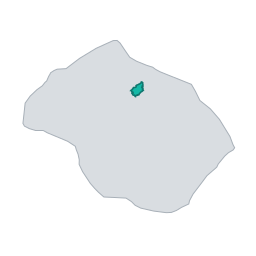 Manonyane, Maseru, Lesotho shown in context, rotated 84°
{"feature_id": "5366337B83171462701560", "entity_name": "Manonyane", "entity_type": "district", "adm_level": 2, "iso_a3": "LSO", "parent_name": "Lesotho", "parent_adm1": "Maseru", "projection": "equal_earth", "projection_center": [27.717, -29.478], "detail": "fine", "context": "in_parent", "style": "filled", "palette": "teal", "viewbox_px": 256, "rotation_deg": 84, "n_neighbors": 0, "source": "geoboundaries", "source_scale": "gbopen_adm2", "svg_char_len": 3738}
<svg xmlns="http://www.w3.org/2000/svg" viewBox="0 0 256 256"><g transform="rotate(84 128 128)"><path d="M166.7,177.7L159.9,180.1L159.0,180.4L154.6,179.8L148.8,180.4L144.2,181.7L140.7,182.3L134.9,189.4L124.4,208.6L121.6,212.6L120.8,220.2L118.3,226.2L115.3,230.8L112.4,232.0L103.7,230.1L92.5,227.7L86.0,221.9L80.2,214.3L77.1,208.8L73.9,205.7L72.8,204.0L68.2,201.4L66.5,200.1L65.0,199.2L63.1,195.5L62.1,192.3L62.5,183.4L59.2,178.0L53.7,168.9L50.2,161.5L45.4,151.3L42.5,142.6L39.5,133.5L39.8,129.7L42.7,127.0L51.2,122.5L57.8,118.9L62.5,112.5L67.6,102.9L70.1,97.1L72.6,94.4L75.4,90.3L80.2,81.3L85.5,71.2L91.2,60.4L98.4,57.2L108.2,53.6L117.6,44.1L128.9,36.2L147.1,27.5L155.6,25.3L158.8,24.0L160.8,25.7L163.0,30.6L166.1,34.8L173.2,42.0L176.2,43.8L183.6,54.4L191.5,61.7L200.5,70.2L206.7,74.4L209.9,75.5L212.5,83.0L215.1,88.5L216.5,93.7L216.2,98.8L213.3,111.1L209.0,123.7L205.6,129.0L201.5,132.3L197.5,137.3L195.9,147.4L194.1,159.2L188.8,164.1L184.8,167.3L179.1,171.3L166.7,177.7Z" fill="#d9dde1" stroke="#a8b0b8" stroke-width="1"/><path d="M90.7,121.0L90.7,120.9L90.8,121.0L90.8,120.9L91.0,120.9L91.3,120.8L91.5,120.7L91.7,120.8L91.8,120.8L91.9,120.7L92.0,120.6L92.3,120.5L92.4,120.3L92.4,120.2L92.5,120.0L92.6,119.9L92.6,119.7L92.8,119.5L92.8,119.4L93.0,119.2L93.3,119.3L93.4,119.5L93.4,119.8L93.5,119.8L93.5,120.2L93.6,120.3L93.7,120.5L93.8,120.5L94.0,120.5L94.0,120.4L93.9,120.4L94.1,120.3L94.1,120.2L94.2,119.9L94.3,119.9L94.4,119.7L94.5,119.5L94.8,119.7L95.1,119.7L95.3,119.6L95.4,119.8L95.5,119.8L95.6,119.7L95.7,119.4L95.8,119.3L95.9,119.1L96.0,119.0L96.0,118.8L96.0,118.7L96.0,118.3L96.3,118.3L96.2,118.3L96.1,118.1L96.4,118.0L96.6,117.8L96.8,117.6L97.0,117.6L97.3,117.7L97.5,117.5L97.6,117.4L97.6,117.2L97.4,117.2L97.2,117.2L96.9,117.0L96.8,116.9L96.7,116.8L96.5,116.7L96.4,116.5L96.3,116.3L96.4,116.2L96.5,115.9L96.5,115.7L96.4,115.6L96.5,115.3L96.5,115.2L96.4,114.9L96.2,114.9L96.1,114.7L96.0,114.8L95.9,114.8L95.9,114.7L96.0,114.5L96.1,114.4L96.1,114.1L96.2,113.9L96.1,113.6L95.8,113.5L95.6,113.4L95.3,113.2L95.1,113.2L94.9,113.1L94.6,112.7L94.5,112.3L94.4,112.2L94.2,112.0L94.1,111.9L93.9,111.8L93.8,111.6L93.7,111.6L93.4,111.3L93.4,111.2L93.3,110.9L93.3,110.7L93.2,110.5L93.2,110.4L93.1,110.2L92.9,109.9L92.7,109.7L92.5,109.8L92.4,109.8L92.2,109.8L92.2,109.7L92.2,109.4L92.1,109.5L91.9,109.6L91.7,109.5L91.7,109.4L91.4,109.3L91.4,109.2L91.5,109.0L91.4,109.0L91.2,109.0L90.9,109.2L90.9,109.3L90.7,109.2L90.7,109.3L90.4,109.3L90.3,109.5L90.2,109.5L90.2,109.4L90.0,109.5L89.9,109.5L89.7,109.4L89.7,109.5L89.4,109.8L89.2,110.0L89.1,109.9L89.0,109.7L88.9,109.5L88.6,109.6L88.2,109.7L87.9,109.6L87.7,109.6L87.6,109.4L87.8,109.4L87.9,109.5L88.0,109.5L88.1,109.4L88.5,109.3L88.4,109.2L88.5,109.0L88.6,108.9L88.4,108.8L88.2,108.8L87.9,108.8L87.7,108.9L87.4,108.8L87.3,108.7L87.2,108.7L86.7,108.6L86.4,108.6L86.2,108.7L85.9,108.7L85.7,108.7L85.4,108.7L85.2,108.7L84.9,108.7L84.7,108.6L84.6,108.8L84.5,109.0L84.4,109.0L84.2,109.1L84.0,109.3L83.9,109.3L83.7,109.3L83.6,109.6L83.6,109.8L83.6,110.0L83.8,110.1L84.0,110.0L84.2,109.9L84.3,109.9L84.3,110.0L84.5,110.2L84.6,110.3L84.7,110.5L84.8,110.8L84.8,111.0L85.0,111.1L85.2,111.3L85.2,111.5L85.4,111.8L85.4,112.0L85.5,112.0L85.6,112.3L85.6,112.5L85.6,112.8L85.7,113.1L85.9,113.3L86.0,113.6L86.1,113.8L86.1,114.0L86.1,114.4L86.2,114.6L86.3,114.7L86.3,114.8L86.3,115.0L86.5,115.2L86.5,115.3L86.6,115.5L86.9,115.7L87.0,115.7L87.3,115.6L87.5,115.4L87.9,115.5L88.1,115.7L88.3,116.1L88.4,116.6L88.4,117.4L88.3,117.8L88.3,118.0L88.5,118.0L88.6,118.3L88.8,118.4L88.8,118.5L88.8,118.8L89.0,118.9L89.1,119.0L89.3,119.1L89.5,119.1L89.7,119.3L89.8,119.4L89.8,119.5L90.1,119.6L90.1,119.8L90.3,119.9L90.3,120.0L90.6,120.5L90.6,120.8L90.7,121.0Z" fill="#14b8a6" stroke="#0f766e" stroke-width="1.5"/></g></svg>